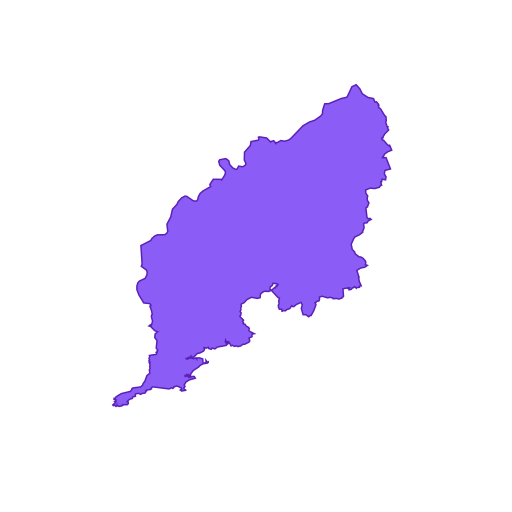 outline of New Ross Lea-6, Wexford, Ireland, rotated 27°
{"feature_id": "5873133B16930759140678", "entity_name": "New Ross Lea-6", "entity_type": "district", "adm_level": 2, "iso_a3": "IRL", "parent_name": "Ireland", "parent_adm1": "Wexford", "projection": "orthographic", "projection_center": [-6.826, 52.344], "detail": "fine", "context": "isolated", "style": "filled", "palette": "violet", "viewbox_px": 512, "rotation_deg": 27, "n_neighbors": 0, "source": "geoboundaries", "source_scale": "gbopen_adm2", "svg_char_len": 6134}
<svg xmlns="http://www.w3.org/2000/svg" viewBox="0 0 512 512"><g transform="rotate(27 256 256)"><path d="M158.5,317.3L165.0,318.3L166.7,320.4L167.4,322.6L167.4,326.3L163.5,331.2L162.9,333.6L163.5,336.8L165.2,340.1L169.4,343.9L177.3,348.8L182.8,346.7L184.6,347.3L184.9,348.2L183.8,349.3L184.4,349.0L187.8,352.2L190.1,355.1L189.8,355.8L190.3,357.5L193.4,361.0L194.2,364.8L193.8,364.5L193.2,365.6L192.5,365.2L193.2,365.9L192.5,366.9L194.3,366.7L199.6,368.5L202.2,368.3L201.8,368.6L202.3,369.6L201.5,371.2L202.8,374.6L206.2,376.3L208.9,383.4L211.3,384.6L211.0,385.4L211.5,386.2L210.8,387.1L211.6,387.3L211.9,388.8L206.2,393.0L206.8,393.5L207.3,396.1L208.3,396.8L208.1,397.7L209.7,398.8L209.0,399.2L211.2,401.3L211.4,402.7L212.7,404.3L212.6,405.8L214.6,408.6L213.1,412.1L213.8,418.3L213.3,420.8L213.6,422.6L212.6,425.1L206.2,429.5L205.7,430.3L206.0,431.5L205.5,433.7L198.5,439.7L196.3,443.2L195.1,445.4L195.0,447.0L194.2,447.3L194.5,447.9L195.2,447.2L194.9,448.0L196.7,447.8L196.4,448.5L196.8,449.1L196.4,449.5L197.0,449.6L196.6,449.9L197.1,450.0L197.0,451.3L196.0,453.7L196.9,454.1L197.8,453.1L199.6,453.6L200.1,452.4L199.8,451.6L201.0,452.4L202.5,452.1L204.6,450.3L205.3,449.1L204.9,448.9L208.7,447.0L209.2,445.9L208.9,444.8L208.1,443.9L208.1,444.2L207.3,444.3L207.4,443.8L207.9,443.9L207.5,443.2L208.6,440.8L210.4,439.2L210.2,437.5L212.3,435.7L211.3,434.2L211.5,433.3L213.9,431.6L216.0,431.7L216.9,430.2L219.1,428.7L219.6,427.9L219.0,426.5L219.7,426.0L219.2,425.3L222.5,422.9L222.3,422.4L223.2,421.8L222.7,420.6L223.3,419.5L238.9,413.9L240.7,411.7L242.0,411.8L242.5,410.6L242.2,410.0L244.5,407.7L249.1,407.5L250.1,408.3L249.5,409.5L250.5,409.2L250.8,409.6L250.3,409.9L251.0,410.1L254.8,407.2L253.1,407.5L251.6,406.6L252.0,404.5L250.6,403.5L250.8,400.1L252.8,396.7L257.4,392.5L255.8,391.4L254.1,392.1L251.7,394.5L250.3,394.3L249.7,393.5L247.6,395.5L247.1,394.8L248.1,394.6L248.2,393.9L248.7,394.4L249.2,393.7L249.6,393.4L250.1,393.4L249.0,393.1L248.7,393.7L248.1,393.5L247.6,392.5L248.3,393.4L249.3,393.1L250.3,392.9L250.4,394.0L251.0,393.4L250.4,392.4L251.2,392.4L251.5,392.8L250.6,392.5L251.4,394.3L252.4,393.3L251.4,390.8L252.1,386.5L255.3,381.0L255.8,379.0L257.9,376.0L261.3,373.5L261.7,372.7L261.5,372.0L260.9,372.7L258.8,371.7L259.8,373.3L257.7,375.9L255.3,371.9L251.9,372.4L249.4,373.9L249.8,374.6L248.7,374.0L247.3,375.7L243.6,376.7L241.4,379.3L239.5,379.1L241.0,379.1L241.6,377.2L243.9,375.6L243.6,374.6L244.8,375.3L246.4,374.3L248.1,369.2L249.9,368.1L252.4,364.6L252.6,362.9L251.3,361.1L253.4,360.8L255.0,359.0L255.9,359.9L258.5,359.4L258.8,357.9L261.6,357.4L262.9,354.7L269.9,349.3L270.9,346.7L270.1,346.2L269.6,346.9L270.2,346.9L270.3,347.2L269.8,347.3L270.1,348.6L269.5,347.3L267.6,346.5L267.1,344.8L268.4,345.9L270.6,344.8L274.6,347.4L275.5,346.3L277.9,346.3L279.1,345.0L280.9,345.0L283.2,343.1L284.4,340.6L285.9,339.9L288.8,336.0L289.0,334.8L288.5,333.8L287.0,332.3L289.1,329.7L287.9,327.5L289.7,326.0L284.4,326.0L283.4,325.6L282.9,323.5L281.8,323.0L279.1,322.9L277.2,321.8L275.4,322.3L275.1,321.0L273.7,320.4L274.0,318.8L269.2,317.3L268.9,316.5L269.3,315.9L268.5,313.3L267.0,312.7L267.0,310.9L265.9,308.9L265.9,307.5L265.1,306.8L264.8,305.2L266.5,303.2L267.8,298.8L270.8,294.8L276.4,293.2L278.6,291.3L277.2,287.6L279.2,283.8L283.4,281.8L285.3,279.6L294.4,283.0L295.9,282.7L296.6,285.6L298.3,288.1L298.2,289.7L299.4,291.6L301.1,292.8L302.8,291.9L303.8,292.2L304.2,293.1L303.8,293.9L305.5,292.1L307.2,291.4L307.7,289.8L309.9,287.7L310.5,284.0L311.6,284.4L312.8,283.8L313.8,281.1L317.2,276.9L319.5,278.6L320.2,282.2L324.6,286.9L327.1,285.7L330.6,286.2L331.0,284.6L332.1,284.1L332.3,278.5L331.6,272.3L330.0,271.0L330.4,270.9L330.7,268.9L332.5,267.4L332.3,265.8L331.1,263.8L333.3,261.8L338.7,260.8L340.8,259.2L343.4,258.5L344.1,259.1L347.1,257.2L349.3,256.8L351.5,254.7L352.3,252.2L348.4,245.8L351.3,243.4L352.6,243.2L352.6,242.3L353.8,241.8L354.2,243.8L355.0,243.4L356.1,242.3L356.3,240.6L357.2,240.1L357.7,238.6L360.0,239.2L360.0,238.5L362.4,236.9L361.8,235.8L363.3,234.8L359.5,231.7L357.1,228.4L357.4,228.1L352.4,223.1L354.6,219.3L358.1,216.5L359.5,213.8L357.3,214.0L356.8,211.9L355.6,210.7L352.3,209.4L349.7,209.3L348.4,210.0L343.3,209.0L342.2,207.7L338.8,206.5L335.5,202.3L335.2,196.0L335.5,194.1L338.6,190.0L340.3,186.4L339.9,185.9L339.5,181.8L337.3,178.5L337.8,177.3L339.8,176.1L340.1,173.8L342.0,171.1L340.4,170.8L339.2,171.8L337.4,171.3L332.3,163.6L332.2,162.5L333.0,161.8L332.5,157.4L329.9,155.8L328.6,153.6L328.4,151.9L325.3,150.1L323.7,147.4L326.9,143.7L331.2,142.0L334.8,138.7L334.9,136.8L335.8,135.9L333.4,133.3L334.2,132.8L333.4,130.4L336.9,129.3L335.9,126.4L333.0,124.5L332.1,121.2L336.3,117.4L327.2,109.3L324.1,110.9L324.4,106.5L326.1,103.3L328.9,100.1L324.9,96.7L324.6,97.5L322.1,97.0L317.0,94.9L316.1,95.3L314.4,93.9L315.5,92.9L315.1,92.5L315.3,88.7L317.0,83.5L315.1,82.3L315.0,81.0L314.1,81.2L311.0,78.1L310.5,76.0L308.4,72.7L307.1,72.6L300.1,68.3L297.7,68.0L297.2,66.2L296.3,66.0L296.4,65.2L293.3,63.9L292.2,64.9L289.2,62.4L283.7,63.9L277.1,63.2L272.6,59.9L267.5,57.9L264.6,61.6L265.0,72.6L264.4,73.7L260.5,76.9L251.7,87.2L248.1,89.2L249.2,95.9L250.6,99.0L250.2,101.7L246.7,108.4L242.9,112.2L238.8,118.4L233.7,135.4L232.4,137.9L229.5,140.7L225.8,141.8L223.2,145.6L222.4,145.8L222.5,146.8L219.5,145.2L217.6,146.9L217.4,147.8L211.9,146.0L204.9,148.3L204.2,149.1L205.5,150.5L205.4,151.8L199.6,156.3L200.8,160.2L198.6,168.7L202.0,175.8L204.9,178.0L205.3,179.3L204.9,180.7L203.5,182.6L199.7,183.8L199.7,187.0L198.8,188.0L195.5,188.1L191.1,186.5L188.6,183.6L186.1,183.0L184.8,183.0L180.0,186.7L179.8,188.6L182.5,191.6L189.8,194.2L191.1,195.9L191.4,198.3L190.9,203.8L190.4,203.4L183.1,207.0L182.4,213.3L184.1,214.7L179.3,222.1L177.8,225.6L177.7,229.1L178.5,232.4L177.9,234.3L175.0,235.3L167.3,234.3L165.6,234.8L163.4,237.9L162.0,242.8L162.1,246.1L160.3,252.2L162.3,259.9L162.2,268.1L166.3,274.3L166.1,276.4L165.0,278.5L158.5,281.9L156.7,284.1L155.3,287.7L155.2,290.0L148.7,298.9L158.2,314.9L158.5,317.3ZM285.3,279.6L283.3,279.1L282.8,277.3L283.9,274.6L283.5,272.6L287.1,271.2L288.5,271.4L288.4,273.2L287.5,273.1L287.7,275.5L287.1,275.4L285.3,279.6Z" fill="#8b5cf6" stroke="#5b21b6" stroke-width="1.5"/></g></svg>